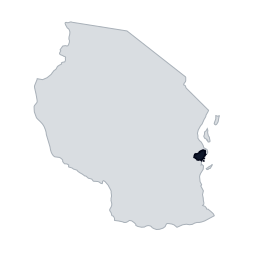 Mkuranga, Pwani, United Republic of Tanzania shown in context, rotated 9°
{"feature_id": "72390352B89793068246762", "entity_name": "Mkuranga", "entity_type": "district", "adm_level": 2, "iso_a3": "TZA", "parent_name": "United Republic of Tanzania", "parent_adm1": "Pwani", "projection": "mercator", "projection_center": [39.178, -7.246], "detail": "medium", "context": "in_parent", "style": "filled", "palette": "ink", "viewbox_px": 256, "rotation_deg": 9, "n_neighbors": 0, "source": "geoboundaries", "source_scale": "gbopen_adm2", "svg_char_len": 5167}
<svg xmlns="http://www.w3.org/2000/svg" viewBox="0 0 256 256"><g transform="rotate(9 128 128)"><path d="M93.0,182.2L90.1,180.7L87.4,179.7L85.3,178.7L84.3,177.7L82.3,177.3L80.6,177.1L78.9,176.2L75.6,175.8L75.3,175.2L75.2,173.8L74.6,173.5L73.4,173.1L72.1,173.1L71.3,173.3L70.9,173.2L69.8,172.4L68.8,171.4L68.4,169.7L66.9,168.6L65.1,167.8L60.3,167.9L59.5,167.6L58.3,166.8L57.0,165.4L55.9,163.8L54.9,161.7L53.9,158.8L48.4,147.3L47.8,145.1L46.7,142.7L44.9,139.7L43.0,137.5L40.5,135.5L37.6,133.5L36.0,132.2L33.0,126.8L32.4,124.2L31.9,121.6L32.1,120.5L34.0,117.2L34.2,116.2L33.9,114.9L33.0,112.2L31.9,109.0L29.5,103.0L29.1,101.5L29.2,100.4L30.6,94.4L30.6,93.5L36.1,93.6L40.2,91.0L43.8,87.0L44.5,85.4L45.9,82.9L47.3,81.6L47.9,80.7L48.7,78.2L50.6,76.5L52.4,75.2L52.0,74.2L52.3,73.9L53.3,73.2L55.2,72.6L55.6,71.3L55.5,69.8L55.2,69.0L55.3,68.0L55.0,67.5L53.7,67.3L51.9,66.6L50.3,66.3L49.2,65.8L48.8,65.5L48.7,64.6L49.5,62.3L48.7,61.4L50.6,57.5L51.0,57.1L51.7,57.0L52.8,56.6L53.8,56.4L54.7,56.6L55.3,56.4L55.9,56.0L56.3,54.7L56.7,52.5L56.5,50.8L55.7,49.4L55.5,47.3L55.8,44.5L55.6,42.2L54.7,40.4L53.8,39.3L52.4,38.7L50.2,35.9L49.5,34.5L49.6,33.7L50.4,33.3L51.8,33.5L53.1,33.1L54.3,32.3L55.5,32.1L56.1,32.3L111.8,32.3L176.8,68.5L177.1,69.0L177.6,72.1L177.5,73.2L176.5,75.0L176.2,75.9L176.2,76.6L176.4,76.8L177.3,76.9L178.0,77.4L178.3,77.7L178.8,79.0L179.5,79.7L204.3,97.6L204.8,97.8L204.5,99.3L203.1,103.0L203.0,104.5L202.4,106.3L201.9,107.4L200.5,112.6L199.3,114.5L197.7,119.0L197.4,122.4L198.3,124.8L198.6,127.1L200.6,129.3L202.1,130.1L203.1,131.1L204.9,133.4L206.0,135.7L209.3,136.8L210.6,139.4L210.1,141.2L208.6,142.7L207.2,145.1L206.0,148.3L206.0,153.1L206.7,152.4L208.5,153.6L208.7,157.1L206.9,161.3L206.4,163.2L206.3,164.9L207.6,169.8L209.6,172.4L209.4,173.2L208.9,173.8L212.3,178.3L212.0,182.2L213.2,185.3L213.8,187.9L214.6,189.9L214.8,191.3L213.8,192.9L216.2,193.3L217.7,194.5L218.3,195.7L220.1,195.7L221.1,196.5L222.5,197.2L225.5,199.2L226.4,200.3L226.9,201.2L218.4,207.7L215.4,209.3L213.2,210.1L210.9,210.5L208.7,211.5L206.6,213.1L203.9,213.9L200.7,213.9L197.2,215.0L191.9,218.4L188.7,216.5L186.3,216.0L183.4,216.0L181.7,216.2L181.1,216.6L180.6,217.8L180.1,219.6L178.3,221.4L175.0,223.1L172.0,223.8L169.3,223.3L167.4,222.6L166.4,221.6L165.0,221.2L163.1,221.2L161.3,222.0L159.6,223.3L156.8,223.9L153.1,223.7L151.0,223.0L150.8,221.9L149.1,220.6L146.1,219.1L143.8,219.1L142.4,220.5L141.1,221.4L139.9,221.8L138.8,221.9L137.3,221.5L133.1,221.3L129.2,221.4L128.8,219.3L127.9,218.0L127.2,217.3L125.9,217.1L125.5,216.5L125.0,215.2L124.4,214.1L123.5,213.2L122.9,212.4L122.7,211.6L122.9,210.7L123.7,208.6L124.0,207.2L123.9,205.7L123.4,204.1L122.5,202.3L122.6,201.8L122.3,200.6L122.3,199.7L122.4,198.6L122.3,197.2L121.4,194.2L121.4,193.4L120.6,191.9L118.0,188.5L117.8,188.0L113.7,184.5L112.1,183.8L111.5,184.4L111.2,185.0L111.4,186.1L111.3,186.7L111.1,187.0L110.2,186.9L109.6,186.8L108.0,185.9L106.8,185.6L103.8,185.8L102.7,186.0L101.9,185.8L100.3,184.2L98.4,183.9L96.7,183.8L93.9,182.0L93.0,182.2ZM209.7,124.3L211.1,128.1L210.9,128.8L209.9,129.2L209.4,129.3L208.8,128.6L208.4,127.4L207.7,127.7L206.4,126.1L205.2,126.1L204.1,124.2L204.5,122.6L204.3,119.9L205.6,118.5L206.4,116.2L207.2,117.8L207.4,120.3L208.6,123.2L209.7,124.3ZM216.2,101.6L216.3,102.5L216.1,103.4L216.1,106.1L216.0,107.9L215.0,110.4L214.2,111.2L213.4,111.0L212.8,110.6L212.4,109.9L213.3,105.3L212.8,102.0L214.7,102.3L216.2,101.6ZM213.5,156.5L212.5,156.7L212.2,156.5L211.6,155.8L212.6,155.1L213.6,153.9L215.9,152.1L217.0,150.6L216.8,152.0L215.5,155.1L214.4,155.3L213.5,156.5Z" fill="#d9dde1" stroke="#a8b0b8" stroke-width="1"/><path d="M202.3,140.1L202.2,140.5L202.3,141.1L202.0,141.3L201.7,141.7L201.4,141.8L201.2,142.1L200.7,142.5L200.1,142.7L199.9,142.7L199.8,142.8L199.5,143.0L199.1,142.9L199.0,143.5L199.0,143.9L198.8,143.9L198.2,143.4L198.0,143.6L198.0,144.2L197.8,144.8L197.8,146.7L198.6,146.7L198.8,146.8L198.9,147.0L199.1,147.1L199.3,147.4L199.6,147.5L199.8,147.5L200.1,147.4L200.6,148.0L200.9,148.1L201.1,148.4L201.3,148.7L201.5,148.6L202.0,148.7L202.4,148.6L202.6,148.7L202.8,148.7L203.2,148.5L203.6,148.3L203.9,148.1L204.0,148.1L205.0,148.2L205.0,148.4L205.2,148.6L205.4,148.6L205.5,148.6L205.7,148.8L205.9,148.9L206.4,146.9L206.6,146.7L206.9,146.6L207.0,146.5L207.0,146.3L207.1,146.0L207.1,145.3L207.3,144.9L207.1,144.8L207.4,144.8L207.6,144.0L208.1,143.5L208.3,143.5L208.5,142.6L208.6,142.4L208.8,142.2L208.7,142.1L208.9,142.0L208.8,141.9L208.6,142.0L208.6,141.8L208.4,141.7L208.3,141.8L208.1,142.0L208.1,141.9L208.1,141.7L208.1,141.4L208.3,141.2L208.2,141.1L208.1,140.7L207.8,140.5L208.1,140.1L208.1,139.9L208.1,139.6L208.1,139.2L207.7,139.0L207.7,138.9L207.7,138.4L207.5,138.5L207.3,138.4L207.2,138.3L207.0,138.2L206.7,138.1L206.4,138.1L206.5,138.2L206.4,138.3L206.2,138.1L205.8,138.2L205.7,138.0L205.1,138.2L204.8,138.9L204.3,138.7L204.1,138.8L203.9,138.9L204.0,139.0L203.6,139.3L203.5,139.6L203.4,139.8L203.3,140.3L202.9,140.7L202.9,140.3L202.4,140.1L202.3,140.1ZM208.1,146.1L207.5,146.3L207.8,146.4L208.0,146.5L208.2,146.4L208.2,146.5L208.2,146.1L208.1,146.1ZM207.9,148.4L207.5,148.6L207.4,148.6L207.9,148.8L208.1,148.7L207.9,148.4Z" fill="#0f172a" stroke="#020617" stroke-width="1.5"/></g></svg>